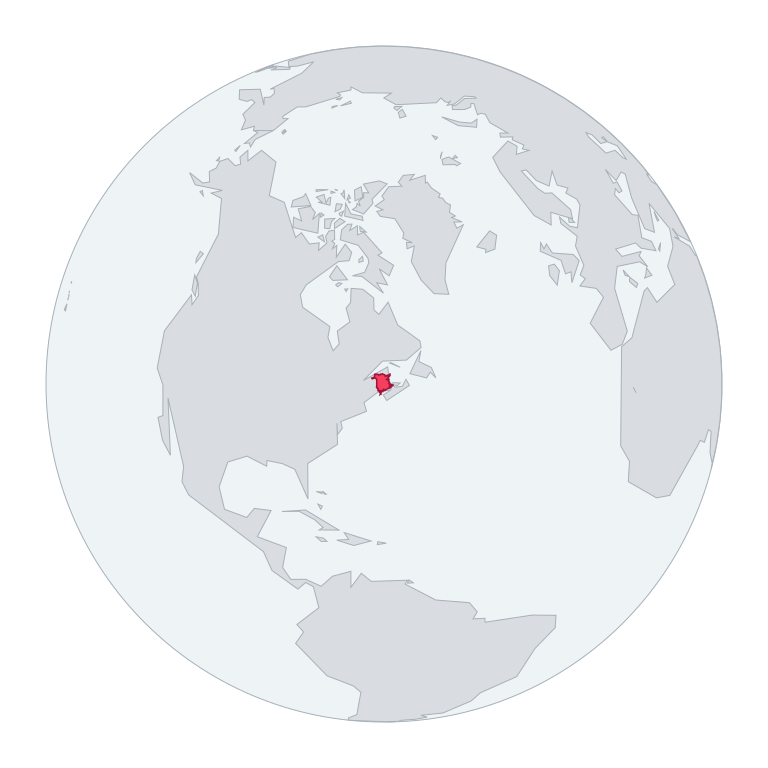 globe centered on New Brunswick
{"feature_id": "CAN-684", "entity_name": "New Brunswick", "entity_type": "Province", "adm_level": 1, "iso_a3": "CAN", "parent_name": "Canada", "parent_adm1": "", "projection": "orthographic", "projection_center": [-65.996, 46.339], "detail": "fine", "context": "on_globe", "style": "filled", "palette": "rose", "viewbox_px": 768, "rotation_deg": 0, "n_neighbors": 0, "source": "natural_earth", "source_scale": "10m", "svg_char_len": 14202}
<svg xmlns="http://www.w3.org/2000/svg" viewBox="0 0 768 768"><circle cx="384" cy="384" r="338" fill="#eef3f6" stroke="#a8b0b8"/><path d="M352.4,720.4L354.8,720.6L348.3,720.0L348.4,718.0L356.9,714.5L360.9,692.3L353.3,685.9L327.2,675.9L295.6,643.4L303.6,632.0L296.9,624.5L318.9,607.7L313.4,586.7L305.7,582.5L297.9,589.1L272.0,570.5L263.5,551.7L188.7,494.9L182.0,481.7L183.6,466.3L168.0,398.0L170.4,455.3L162.5,440.1L158.0,417.3L162.9,415.6L162.9,384.9L157.2,368.0L164.5,330.7L191.5,294.8L192.0,304.7L198.4,295.6L198.2,283.0L196.5,276.9L218.4,234.1L221.5,198.5L211.2,193.1L222.4,190.4L195.2,184.8L189.6,172.6L202.9,183.1L209.6,181.9L209.3,171.5L216.1,168.1L219.8,161.4L228.0,158.5L235.1,165.7L240.6,164.2L240.0,157.1L247.9,150.3L247.9,160.9L261.6,150.3L276.0,162.1L269.3,195.7L284.2,202.3L295.6,237.5L301.4,232.7L309.4,244.0L319.2,242.8L318.5,250.4L326.9,243.0L325.6,236.4L328.9,231.1L334.5,230.1L334.7,239.3L331.9,241.2L334.8,243.4L332.5,248.6L336.8,245.4L336.3,257.2L345.2,244.2L351.7,252.5L349.1,260.7L338.5,261.5L306.2,284.9L300.3,294.7L302.6,307.2L329.9,326.6L327.9,337.4L333.1,350.8L339.2,343.8L337.3,331.0L349.9,321.9L346.1,308.0L350.6,302.6L351.1,288.4L362.7,289.2L373.7,297.9L374.0,310.0L378.9,314.4L388.1,302.2L397.7,325.0L419.9,340.9L421.1,347.4L406.4,360.1L382.5,361.1L363.4,380.5L387.6,366.9L390.2,384.5L395.6,387.3L402.4,386.2L406.0,379.3L409.4,385.5L386.7,400.5L383.3,395.0L390.5,390.1L379.3,391.1L364.0,402.6L366.5,411.3L340.8,421.6L342.3,428.3L337.5,434.6L336.9,423.2L337.5,444.4L307.7,463.5L308.0,498.9L294.9,469.4L282.4,463.6L267.0,460.5L266.7,466.2L246.9,456.1L227.8,462.0L219.1,486.8L224.5,509.3L246.8,517.5L254.3,508.4L271.1,510.5L257.3,536.7L286.4,547.6L282.6,567.5L290.8,579.4L305.8,579.3L321.2,586.3L332.6,576.2L350.9,571.3L350.9,587.4L361.3,573.3L371.3,581.4L407.8,580.2L404.9,584.0L435.7,600.0L469.4,602.7L477.2,611.8L473.1,618.9L484.9,618.3L485.1,622.2L532.0,615.1L556.0,615.3L555.2,627.7L535.1,648.3L516.7,676.6L480.5,692.7L471.2,700.9L442.9,713.0L420.9,715.3L427.2,717.1L415.1,719.3L400.8,720.3L398.5,721.3L387.9,721.6L395.0,721.7L389.1,721.9L352.4,720.4ZM64.3,309.6L67.0,303.7L65.5,310.9L64.3,309.6ZM68.6,297.9L67.6,300.3L68.4,297.8L68.6,297.9ZM69.1,294.6L68.7,297.0L68.8,294.7L69.1,294.6ZM69.4,290.7L69.3,292.6L69.2,292.6L69.4,290.7ZM305.5,510.0L338.9,530.1L319.2,529.9L323.1,527.5L314.8,519.8L299.1,511.3L282.0,511.5L305.5,510.0ZM71.0,283.3L71.5,281.3L71.7,282.5L71.0,283.3ZM322.1,493.6L316.2,491.5L322.1,492.1L322.1,493.6ZM194.7,275.0L197.5,283.2L195.2,296.2L192.0,289.7L194.7,275.0ZM200.2,251.4L203.4,253.8L195.9,262.6L196.4,258.5L200.2,251.4ZM202.3,190.4L203.3,195.8L200.0,191.8L202.3,190.4ZM218.9,161.0L216.5,160.7L219.5,157.4L218.9,161.0ZM344.7,289.1L347.8,288.8L346.1,291.6L344.7,289.1ZM341.9,283.4L337.7,286.8L335.7,284.7L338.4,282.6L341.9,283.4ZM234.7,150.2L240.3,145.4L235.9,151.4L234.7,150.2ZM347.5,279.8L332.8,280.4L329.5,276.7L336.8,265.8L347.5,279.8ZM244.4,143.5L257.8,132.5L253.4,130.5L273.2,130.6L255.3,139.4L250.5,147.0L249.3,142.9L244.4,143.5ZM322.8,234.8L324.4,241.8L317.9,237.1L322.8,234.8ZM317.8,233.2L293.1,227.5L293.6,217.2L301.7,220.9L298.2,208.8L310.6,206.4L315.3,212.5L312.6,219.6L319.4,213.4L317.8,233.2ZM282.0,132.7L286.2,131.4L283.1,134.2L282.0,132.7ZM329.7,228.7L324.6,228.2L324.7,219.1L334.8,218.4L331.5,221.5L329.7,228.7ZM291.2,207.0L293.0,200.4L303.5,196.6L305.6,193.6L310.9,205.5L291.2,207.0ZM334.4,223.1L339.9,218.3L345.0,221.7L334.6,228.5L334.4,223.1ZM320.5,217.2L321.0,212.9L324.0,215.0L320.5,217.2ZM366.2,232.1L360.2,231.3L359.7,226.4L366.2,232.1ZM341.6,216.3L339.8,215.2L339.0,213.3L343.6,211.1L341.6,216.3ZM318.0,202.2L322.0,202.1L316.3,197.1L324.0,194.4L326.1,203.0L328.4,198.1L330.8,197.3L329.9,205.3L318.0,202.2ZM345.6,203.2L350.9,213.9L362.2,216.2L363.0,220.5L344.7,216.1L345.6,203.2ZM336.4,203.7L342.3,204.3L340.3,209.1L335.0,211.7L336.4,203.7ZM328.4,189.6L316.2,191.5L316.1,189.6L328.4,189.6ZM349.3,202.9L347.9,200.4L350.3,202.5L349.3,202.9ZM335.3,192.5L331.0,193.3L331.0,191.1L335.3,192.5ZM348.8,194.8L350.5,198.1L347.0,199.9L348.8,194.8ZM343.0,193.0L344.1,189.8L344.7,198.5L341.0,193.7L343.0,193.0ZM336.1,190.3L334.7,189.2L337.9,190.3L336.1,190.3ZM361.2,186.7L362.8,197.3L355.0,200.9L354.5,190.1L361.2,186.7ZM637.6,160.7L644.0,168.2L648.9,175.1L646.4,173.8L651.5,181.4L657.1,184.9L656.9,184.7L675.1,212.4L690.5,241.7L677.1,234.5L673.2,229.1L672.8,228.8L672.1,228.4L678.9,238.4L673.9,236.8L689.5,246.1L695.4,255.5L696.3,254.9L704.7,277.6L711.5,300.8L716.6,324.5L720.1,348.5L721.7,372.7L721.7,396.9L719.9,421.1L716.4,445.0L711.1,468.7L712.3,463.9L710.0,452.6L711.1,431.4L708.5,429.7L704.3,442.4L700.3,440.3L696.9,446.9L669.8,495.4L656.4,497.8L628.3,481.7L629.5,461.3L620.7,445.8L621.6,346.7L631.9,337.8L644.1,291.1L647.4,287.6L656.9,302.3L674.8,284.5L667.6,266.3L673.0,246.3L669.6,228.4L649.0,203.4L654.5,232.3L644.7,228.6L631.6,197.8L625.2,174.1L621.1,172.0L616.1,180.6L605.4,169.4L613.3,183.3L617.0,181.9L622.0,190.9L619.0,192.8L615.3,188.6L614.6,194.8L632.3,214.6L637.9,215.3L641.8,237.7L651.5,241.4L655.9,250.7L641.1,248.2L635.5,242.9L615.6,249.1L621.9,256.4L641.0,251.5L639.2,255.8L647.8,266.9L639.8,261.8L617.2,266.4L614.6,288.4L627.3,331.1L622.4,344.1L611.0,350.3L590.2,323.2L603.5,297.2L596.3,288.4L579.9,286.0L585.3,278.7L580.2,274.9L583.9,265.3L575.5,246.0L577.2,236.2L560.9,223.5L559.5,217.0L569.6,226.2L577.4,227.7L580.0,205.0L576.7,199.1L565.8,193.0L567.9,188.0L557.1,185.1L552.1,171.0L549.1,186.1L536.3,180.5L526.2,169.9L521.4,171.0L537.8,188.6L544.9,193.3L551.8,192.9L570.6,209.6L572.5,218.7L550.8,212.3L551.2,225.0L534.1,215.5L500.2,172.1L492.7,157.4L507.9,141.0L517.1,146.2L516.3,154.4L529.1,150.3L522.3,148.9L524.0,145.1L512.2,139.8L512.9,136.9L500.4,137.1L499.9,133.0L507.8,133.0L489.9,122.7L485.3,114.2L480.9,113.3L477.5,114.8L473.9,103.6L470.9,103.5L470.8,107.1L464.7,109.5L452.6,109.6L452.0,105.7L456.3,105.1L464.5,98.5L476.1,98.2L474.6,96.7L464.4,96.1L454.4,104.0L447.2,105.3L450.7,100.7L448.9,102.4L445.1,101.9L440.9,97.9L436.5,102.7L396.1,104.7L383.8,98.0L391.4,93.1L362.5,92.8L351.0,86.9L351.0,90.0L337.2,92.9L340.6,94.7L339.6,96.5L305.7,106.9L297.3,106.9L282.7,116.4L282.7,118.3L288.1,118.6L273.2,130.6L253.4,130.5L254.4,126.3L241.4,129.8L245.5,120.1L242.9,114.2L254.9,102.6L251.8,99.6L247.0,101.4L239.2,99.3L239.6,89.8L260.3,89.2L263.9,105.2L264.2,97.5L270.4,97.1L274.4,93.2L274.1,88.4L270.2,89.2L301.9,73.1L313.7,61.8L297.6,66.1L288.8,66.6L288.3,61.3L309.8,54.3L333.5,49.9L357.4,47.1L381.5,46.1L405.6,46.8L429.6,49.2L453.4,53.3L476.8,59.1L499.7,66.5L522.0,75.6L543.7,86.2L564.5,98.3L584.4,111.9L603.3,126.9L621.1,143.2L637.6,160.7ZM633.2,387.1L635.9,392.5L636.0,392.6L633.2,387.1ZM626.3,159.2L617.3,145.8L607.7,142.0L603.4,136.7L601.7,137.6L607.0,141.8L600.8,143.5L592.0,134.8L586.0,132.6L588.8,137.1L606.0,153.1L615.0,150.3L622.9,157.7L626.3,159.2ZM409.0,579.9L413.3,582.8L407.5,583.2L409.0,579.9ZM316.1,536.8L323.4,538.1L327.0,541.3L321.4,541.5L316.1,536.8ZM377.8,541.7L386.3,543.2L377.3,544.6L377.8,541.7ZM344.2,532.6L371.0,541.0L353.7,545.5L336.8,540.1L348.7,539.5L344.2,532.6ZM317.9,504.1L322.4,506.1L320.8,509.3L317.9,504.1ZM326.3,494.2L324.5,494.2L322.5,491.1L326.3,494.2ZM391.5,383.6L393.5,382.6L400.2,383.0L396.8,385.9L391.5,383.6ZM431.3,367.5L435.9,377.9L430.3,372.2L426.5,377.9L409.9,373.7L420.9,350.5L418.9,361.5L431.3,367.5ZM390.9,362.6L400.2,367.3L389.6,363.1L390.9,362.6ZM548.6,265.8L554.3,264.1L559.4,270.7L557.2,285.1L549.7,275.5L548.6,265.8ZM561.1,260.4L540.2,251.2L540.7,242.6L544.0,248.9L546.4,244.0L552.3,253.0L573.3,254.5L579.2,260.6L571.9,282.7L571.0,271.8L565.5,273.8L561.1,260.4ZM485.8,249.3L476.8,246.9L489.6,230.9L496.6,235.1L494.9,249.1L485.6,252.6L485.8,249.3ZM363.2,261.1L358.9,262.5L358.9,259.7L362.5,256.3L363.2,261.1ZM363.5,232.2L382.0,252.8L378.0,255.2L393.6,265.3L389.2,275.8L379.2,268.8L387.5,284.9L376.7,282.8L383.5,293.2L361.8,276.4L352.4,275.8L364.6,272.4L368.9,262.6L367.9,258.1L358.3,245.4L340.3,239.8L341.7,229.9L347.5,224.3L352.0,224.1L349.7,230.5L357.4,225.7L357.5,234.9L363.5,232.2ZM414.3,174.4L409.7,180.3L425.3,175.3L425.4,183.1L427.2,182.1L431.6,188.1L440.1,193.9L438.6,197.5L442.6,198.2L445.6,202.5L450.5,204.9L449.5,212.4L455.4,216.0L451.6,217.5L462.1,221.9L453.8,222.1L456.9,228.2L463.3,224.7L445.9,262.9L445.0,279.9L448.8,294.3L434.1,293.6L421.2,280.2L411.3,261.6L414.3,245.9L407.1,248.8L406.4,242.3L412.3,242.7L402.8,238.3L403.8,233.1L394.9,218.7L380.4,216.4L376.8,211.4L383.0,209.8L375.1,206.0L384.3,199.7L381.9,196.1L388.7,186.7L401.9,186.2L398.3,182.2L403.2,175.4L414.3,174.4ZM363.4,184.1L379.3,180.9L387.1,183.9L372.1,199.2L373.0,203.3L363.7,214.0L352.5,209.6L356.2,206.9L357.2,203.3L360.3,206.1L358.5,201.2L363.6,197.4L363.6,192.7L368.7,192.9L363.4,184.1ZM644.6,278.1L645.9,274.6L646.5,268.0L651.9,275.2L644.6,278.1ZM629.5,281.5L629.8,277.3L637.8,283.5L636.4,287.5L629.5,281.5ZM623.1,270.0L629.2,276.6L625.1,275.4L623.1,270.0ZM569.1,222.3L568.5,217.8L571.2,218.6L574.6,222.5L569.1,222.3ZM460.6,163.5L456.7,165.8L454.8,164.5L443.0,164.8L441.9,159.4L448.7,157.0L460.6,163.5ZM653.9,211.5L658.8,220.2L657.6,221.1L656.1,217.9L653.9,211.5ZM658.4,248.9L660.6,242.6L659.8,251.0L658.4,248.9ZM457.4,157.7L452.7,158.4L455.1,155.3L457.4,157.7ZM440.6,155.5L442.2,151.7L440.4,158.8L440.6,155.5ZM441.7,116.9L459.3,122.0L471.3,123.1L477.0,119.2L476.6,127.3L458.1,125.6L441.7,116.9ZM401.8,106.4L396.9,110.5L393.9,107.9L394.6,106.6L401.8,106.4ZM402.4,109.4L406.0,116.2L399.9,118.1L398.3,112.3L402.4,109.4ZM432.4,135.5L437.7,137.3L435.6,139.6L432.4,135.5ZM271.6,65.3L267.4,66.9L264.3,68.0L271.6,65.3ZM273.4,64.7L273.0,66.3L258.5,71.6L255.3,72.4L261.6,69.3L268.9,66.6L273.4,64.7ZM268.7,68.4L275.8,66.0L290.2,67.6L289.6,69.4L270.9,69.9L276.6,67.9L275.6,66.9L268.7,68.4ZM285.0,129.5L286.1,131.2L282.6,131.0L285.0,129.5ZM341.8,97.5L339.8,99.9L335.8,99.3L341.8,97.5ZM332.1,106.5L338.0,105.5L332.0,108.1L332.1,106.5ZM351.3,103.3L340.5,105.9L350.5,101.1L351.3,103.3Z" fill="#d9dde1" stroke="#a8b0b8" stroke-width="1"/><path d="M379.1,390.8L378.8,390.6L378.7,390.7L378.6,390.9L378.3,390.9L378.2,390.7L378.1,390.4L377.9,390.3L377.9,390.2L378.0,389.8L378.1,389.6L377.9,389.2L377.8,388.9L378.1,388.7L378.1,388.3L378.0,388.2L377.6,388.2L377.4,388.2L377.0,388.0L376.9,387.7L376.8,387.8L376.7,387.8L376.6,387.7L376.5,387.3L376.6,387.2L376.7,386.9L376.6,386.6L376.8,386.4L376.7,386.2L376.7,379.8L376.7,379.5L376.5,379.4L376.4,379.2L376.2,379.0L376.1,378.8L376.0,378.7L375.8,378.5L375.6,378.3L375.4,378.2L375.2,378.0L375.0,377.8L374.8,377.8L374.6,377.8L374.5,378.0L374.4,378.2L374.2,378.2L373.9,378.1L373.6,378.3L373.4,378.5L373.1,378.5L372.9,378.5L372.4,378.8L371.8,378.4L371.7,378.1L372.1,378.0L372.9,377.8L373.7,377.4L373.8,377.4L374.4,376.8L374.5,376.7L374.6,374.5L375.6,374.5L375.6,374.1L377.6,374.2L377.6,374.5L378.0,374.6L378.4,374.9L378.5,375.0L378.7,374.8L378.8,374.8L379.0,374.8L379.3,374.8L379.5,374.8L379.7,374.6L379.8,374.6L380.2,374.8L380.3,374.8L380.3,374.7L380.2,374.5L380.3,374.4L380.5,374.2L381.1,374.3L381.3,374.1L381.6,374.1L381.8,374.0L382.5,373.8L382.6,374.0L382.9,374.2L383.0,374.3L383.1,374.2L384.1,374.7L384.5,374.7L384.9,374.9L385.0,375.1L385.2,375.8L385.3,376.0L385.5,376.1L385.3,376.2L385.3,376.3L385.6,376.2L386.1,376.1L386.2,375.9L386.5,375.6L386.8,375.5L387.1,375.3L387.8,375.1L388.0,375.1L387.7,375.3L387.7,375.5L388.0,375.4L388.3,375.3L388.6,375.3L388.8,375.4L388.8,375.5L388.7,375.6L388.8,375.7L388.8,375.9L388.9,375.6L389.0,375.6L389.3,375.7L388.9,375.9L388.9,376.0L388.7,376.1L388.8,376.2L388.7,376.2L388.8,376.3L388.7,376.4L388.5,376.7L388.4,376.8L388.3,377.0L388.5,377.0L388.3,377.3L388.5,377.2L388.4,377.6L388.3,378.0L388.3,377.7L388.3,377.8L388.1,378.0L388.1,378.3L387.8,378.5L387.7,378.6L387.5,378.9L386.7,379.5L387.0,379.6L387.1,379.8L387.4,379.8L387.7,379.5L387.9,379.5L388.0,379.7L388.3,379.6L388.7,379.5L388.8,379.6L388.7,379.7L388.8,380.0L388.6,380.3L388.4,380.6L388.4,380.9L388.5,381.2L388.7,381.5L388.9,381.7L388.7,381.7L388.6,381.8L388.6,382.0L388.7,381.8L388.8,381.9L389.0,382.0L389.0,381.9L389.2,382.1L389.2,382.6L389.3,382.8L389.4,383.0L389.2,383.1L389.3,383.2L389.6,383.4L389.6,383.5L389.6,383.9L389.3,384.0L389.5,384.1L389.8,383.9L390.0,384.0L389.9,384.2L389.8,384.3L389.9,384.6L390.0,384.5L390.5,384.5L391.1,384.5L391.4,384.7L391.5,384.8L391.8,385.0L392.0,384.8L392.3,384.8L392.6,385.0L392.9,385.0L393.1,385.2L393.0,385.3L392.7,385.4L392.6,385.5L391.9,385.5L392.0,385.9L392.0,386.0L391.7,386.0L391.4,386.4L391.2,386.6L391.1,386.9L390.9,386.6L390.7,386.6L390.8,386.7L390.7,386.8L390.5,387.2L390.3,387.3L390.2,387.5L390.1,387.3L390.2,387.0L390.0,386.8L390.0,386.5L389.9,386.6L389.6,386.2L389.4,386.0L389.4,385.7L389.1,385.4L389.3,385.7L389.3,385.8L389.3,386.0L389.5,386.2L389.6,386.3L389.7,386.5L389.8,386.7L389.8,386.8L389.8,387.0L389.4,387.4L389.6,387.6L389.4,387.6L389.3,387.8L389.2,387.9L389.1,388.2L388.9,388.1L388.5,388.2L388.3,388.3L388.1,388.6L387.4,388.9L386.8,389.2L386.1,389.7L385.9,389.9L385.6,390.0L385.4,390.2L385.2,390.2L385.1,390.4L385.0,390.5L384.8,390.3L384.7,390.5L384.4,390.6L384.0,390.5L383.9,390.3L383.8,390.2L383.4,390.1L383.8,389.7L384.0,389.5L384.0,389.3L383.9,389.2L383.7,389.4L383.6,389.8L383.3,389.8L383.2,389.9L383.2,390.1L383.3,390.2L383.7,390.3L383.5,390.5L383.4,390.6L383.2,390.8L383.1,391.0L383.0,390.7L382.9,390.7L382.7,390.7L382.6,390.8L382.9,390.8L382.8,391.0L382.6,391.0L382.3,391.2L382.1,391.4L382.1,391.2L381.9,391.0L381.7,391.1L381.2,391.4L380.9,391.4L380.9,391.5L380.7,391.5L380.7,391.3L380.7,391.2L380.6,391.3L380.3,391.5L380.2,391.2L380.5,391.1L380.4,391.0L380.2,391.0L380.1,390.8L379.9,390.8L379.7,390.9L379.7,391.0L379.6,391.3L379.3,391.0L379.2,390.7L379.1,390.8ZM380.4,393.6L380.4,393.3L380.5,393.1L380.8,393.1L380.9,393.3L381.0,393.9L381.1,394.0L380.9,394.1L380.9,393.9L380.7,393.9L380.3,394.1L380.2,394.2L380.3,393.7L380.4,393.6ZM389.9,374.8L389.9,374.7L390.0,374.5L389.9,374.8L389.9,375.1L389.8,375.3L389.3,375.7L389.2,375.6L389.3,375.4L389.2,375.4L389.3,375.2L389.1,375.2L389.2,374.9L389.5,374.8L389.6,375.0L389.8,374.9L389.9,374.8ZM389.7,374.3L389.8,374.0L390.0,374.0L390.0,374.4L390.0,374.5L389.9,374.6L389.6,374.7L389.7,374.3ZM380.2,392.5L380.1,392.8L379.9,392.6L380.0,392.6L380.1,392.2L380.2,392.3L380.3,392.3L380.2,392.5ZM380.0,392.0L379.9,392.3L379.8,392.2L379.7,392.0L379.9,391.8L380.0,391.7L380.0,392.0Z" fill="#f43f5e" stroke="#9f1239" stroke-width="1.5"/></svg>